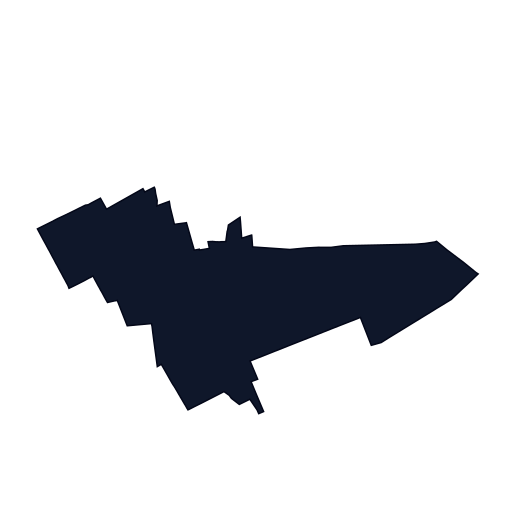 outline of Macesu De Jos, Dolj, Romania, rotated 235°
{"feature_id": "2599482B63888529601134", "entity_name": "Macesu De Jos", "entity_type": "district", "adm_level": 2, "iso_a3": "ROU", "parent_name": "Romania", "parent_adm1": "Dolj", "projection": "natural_earth1", "projection_center": [23.709, 43.853], "detail": "fine", "context": "isolated", "style": "filled", "palette": "ink", "viewbox_px": 512, "rotation_deg": 235, "n_neighbors": 0, "source": "geoboundaries", "source_scale": "gbopen_adm2", "svg_char_len": 2893}
<svg xmlns="http://www.w3.org/2000/svg" viewBox="0 0 512 512"><g transform="rotate(235 256 256)"><path d="M113.9,427.7L116.4,426.7L131.2,422.5L151.2,416.0L164.5,412.3L165.0,410.4L169.4,401.5L174.3,393.2L214.3,333.4L220.1,322.3L227.4,312.0L234.0,301.4L241.9,287.5L265.4,258.4L273.4,263.2L275.6,264.5L275.7,264.4L278.8,254.5L292.9,262.9L296.9,265.2L297.2,251.2L293.3,247.4L292.8,246.6L292.6,246.4L288.0,242.2L285.1,239.5L285.2,239.4L285.8,238.5L286.4,237.5L287.2,236.4L287.4,236.0L287.7,235.7L287.9,235.3L288.0,235.0L288.2,234.7L288.5,234.2L288.9,233.6L289.1,233.3L289.4,233.0L289.9,232.3L290.3,231.7L290.8,231.1L291.2,230.6L291.5,230.3L292.0,229.7L292.7,228.8L292.9,228.7L293.0,228.5L293.1,228.3L293.2,228.1L293.3,227.9L293.5,227.7L293.7,227.4L293.9,227.1L294.0,226.9L294.1,226.7L294.3,226.4L294.4,226.2L294.6,225.9L294.7,225.7L294.9,225.5L295.0,225.3L295.1,225.1L295.2,224.9L289.0,222.2L291.4,217.0L293.4,213.0L294.1,213.4L296.2,208.8L304.2,211.5L306.5,212.3L320.0,217.0L323.2,218.1L323.3,217.8L324.5,215.5L328.7,207.4L329.0,207.4L335.1,209.8L344.9,213.6L350.5,216.3L353.9,203.5L354.7,204.2L358.3,207.0L358.9,207.2L361.3,208.2L364.9,209.7L368.4,211.5L369.5,211.9L370.7,212.1L372.3,201.6L376.0,202.0L376.2,199.9L377.4,187.8L377.8,183.7L380.1,160.4L392.6,161.7L393.9,151.3L394.2,148.0L395.5,145.4L396.6,138.4L397.2,134.1L399.1,122.2L400.4,114.9L401.3,107.9L403.4,94.0L403.6,92.5L391.0,91.0L385.3,90.4L383.8,90.2L381.9,90.0L380.6,89.8L379.0,89.7L371.9,88.8L369.0,88.5L364.7,87.9L362.2,87.7L360.0,87.4L356.7,87.0L353.7,86.7L352.0,86.5L349.8,86.2L348.0,86.0L345.9,85.8L342.9,85.4L340.8,85.2L339.4,85.0L337.6,84.5L336.8,84.3L336.1,88.6L335.3,93.9L334.3,101.1L333.7,106.7L333.3,108.5L333.3,109.7L333.2,110.9L331.7,110.8L328.6,110.4L325.8,110.1L324.2,109.9L321.6,109.6L320.1,109.5L317.0,109.1L315.1,109.0L313.4,108.8L311.7,108.6L309.4,108.3L307.4,108.1L306.6,108.0L306.4,108.0L303.1,107.7L300.4,114.4L299.5,116.1L299.2,116.9L272.7,110.5L264.5,124.8L260.6,131.6L257.8,130.4L252.6,127.6L244.6,123.4L229.5,115.6L222.0,111.7L221.6,116.3L221.2,116.3L216.7,115.9L210.2,115.3L204.1,114.7L199.6,114.3L197.3,114.2L195.9,114.2L194.9,114.1L194.1,114.1L193.2,114.0L192.3,113.9L191.5,113.9L190.9,113.8L190.3,113.8L189.5,113.7L188.4,113.6L187.4,113.5L186.4,113.4L185.5,113.4L184.7,113.3L184.0,113.2L183.0,113.1L182.1,113.1L181.0,113.0L180.0,112.9L178.9,112.8L177.7,112.7L176.4,112.6L175.5,112.5L174.4,112.5L173.4,112.4L172.4,112.3L171.6,112.2L170.6,112.1L170.0,112.1L169.0,112.0L168.9,112.4L168.5,115.1L168.0,118.8L166.8,126.7L163.3,152.0L157.1,154.2L153.8,154.2L152.6,154.5L144.0,157.2L142.2,168.8L129.3,168.6L125.3,167.8L124.2,173.0L143.8,177.2L155.9,179.9L154.1,186.7L160.5,188.1L173.4,190.9L161.4,241.3L157.3,258.3L153.4,274.8L145.8,306.3L116.7,299.2L113.3,308.9L112.9,317.6L109.6,371.9L109.6,372.6L108.4,391.0L110.6,405.3L111.5,412.0L113.9,427.7Z" fill="#0f172a" stroke="#020617" stroke-width="1.5"/></g></svg>